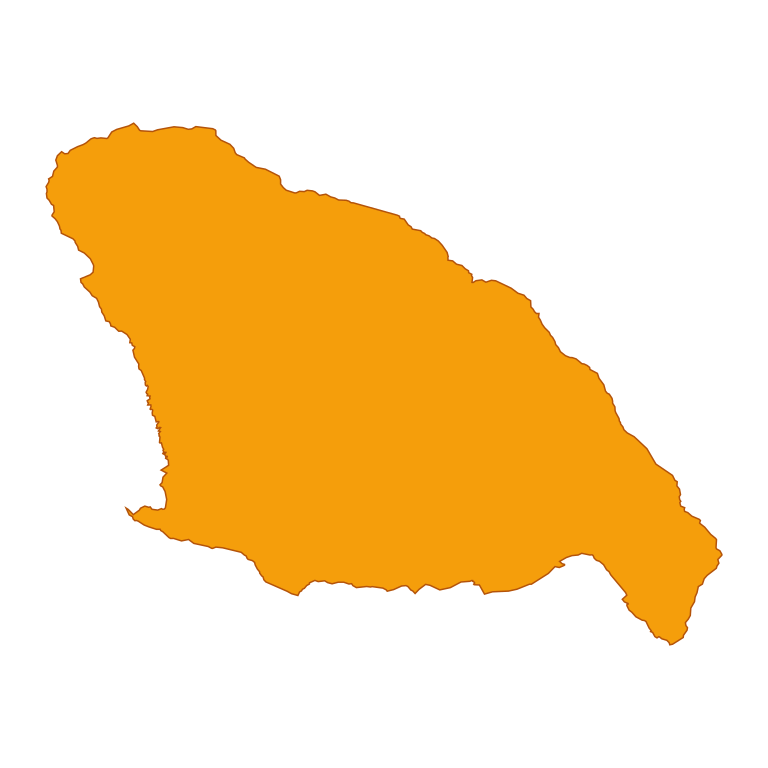 outline of Racoasa, Vrancea, Romania
{"feature_id": "2599482B99860020344189", "entity_name": "Racoasa", "entity_type": "district", "adm_level": 2, "iso_a3": "ROU", "parent_name": "Romania", "parent_adm1": "Vrancea", "projection": "robinson", "projection_center": [26.879, 46.017], "detail": "fine", "context": "isolated", "style": "filled", "palette": "amber", "viewbox_px": 768, "rotation_deg": 0, "n_neighbors": 0, "source": "geoboundaries", "source_scale": "gbopen_adm2", "svg_char_len": 6075}
<svg xmlns="http://www.w3.org/2000/svg" viewBox="0 0 768 768"><path d="M672.6,644.2L683.2,637.5L683.5,635.2L687.0,630.3L687.5,627.7L685.9,625.6L685.4,622.6L688.3,619.1L690.3,615.5L690.8,608.1L694.5,601.7L695.1,597.0L697.0,592.7L698.3,586.6L702.4,584.1L704.2,578.7L707.2,575.3L716.3,568.3L717.0,566.0L718.9,563.2L717.8,559.5L721.8,555.3L721.9,554.4L719.9,550.8L716.5,548.9L716.0,547.6L716.5,539.7L715.6,538.4L710.7,534.4L704.7,527.2L700.0,523.5L699.6,523.0L700.4,520.5L699.2,519.3L691.9,516.2L687.8,512.6L684.6,511.4L684.2,509.2L684.7,507.7L680.7,506.1L679.8,502.6L680.8,501.3L679.7,499.7L679.2,496.8L680.5,494.6L679.5,489.2L676.9,485.9L677.2,481.7L674.9,480.3L672.5,475.4L655.9,464.1L646.9,448.7L634.1,436.7L627.2,432.9L623.9,429.7L622.9,426.9L620.6,424.0L620.4,422.4L619.4,421.1L619.0,418.5L615.7,412.5L615.1,410.7L614.9,406.9L612.6,403.2L612.6,401.1L612.0,398.3L609.3,394.2L607.2,393.2L605.5,391.1L603.8,384.8L599.0,378.3L597.4,373.4L590.0,369.5L589.6,367.4L587.2,365.5L584.1,364.0L581.9,363.7L576.1,358.9L572.2,357.6L569.8,357.5L565.4,355.7L560.4,351.7L558.4,347.6L555.7,344.6L554.9,341.5L552.6,337.4L550.5,335.3L549.2,332.3L544.7,327.8L542.1,324.2L540.3,320.0L538.5,317.2L539.0,313.5L536.4,313.5L534.5,311.7L533.2,309.3L530.9,306.9L530.6,300.7L526.8,298.5L524.0,295.2L517.9,293.2L511.2,288.2L495.7,280.8L491.4,280.3L485.9,282.2L481.9,279.9L476.0,280.7L473.1,282.5L472.0,282.4L472.6,277.5L471.5,275.7L471.8,274.3L468.7,272.7L468.5,270.8L465.2,268.8L461.9,265.5L456.5,264.2L452.7,260.9L448.0,260.2L447.9,257.3L448.2,256.6L447.1,252.4L442.2,245.3L438.3,241.0L434.5,238.5L431.9,238.0L429.0,235.8L425.7,234.7L424.7,233.5L422.3,232.4L420.7,230.7L412.3,229.1L411.0,226.7L408.2,224.9L404.2,219.1L400.5,218.4L399.8,217.8L399.5,216.2L397.3,215.2L353.5,202.9L351.0,202.7L349.0,201.2L346.2,200.3L338.6,200.0L334.8,198.0L330.7,196.9L325.9,194.2L319.5,195.4L315.0,191.8L312.5,190.9L307.1,190.3L304.3,191.6L299.6,191.3L296.4,192.8L294.9,193.0L286.2,190.2L283.3,187.6L280.6,184.1L280.6,179.8L279.2,176.2L265.4,169.2L256.2,167.4L248.7,162.3L245.1,159.1L244.4,157.9L236.7,154.6L235.2,152.7L233.7,148.3L229.9,144.3L221.0,140.2L215.9,135.5L215.8,130.7L215.4,130.0L212.8,128.7L195.8,126.6L191.8,128.9L188.2,129.3L182.8,127.6L174.0,126.8L157.5,129.8L152.7,131.5L140.9,130.8L139.6,130.3L137.3,126.7L133.7,123.2L128.8,125.9L116.7,129.4L111.7,132.0L107.9,137.9L106.9,138.5L100.9,137.9L96.9,138.4L94.5,137.7L93.0,138.1L90.9,138.9L85.8,143.1L83.1,144.6L77.5,146.7L70.3,150.3L68.0,153.5L64.7,153.8L61.6,151.7L57.4,155.7L55.8,160.1L57.4,165.3L57.4,167.1L53.8,171.1L52.5,176.4L48.6,178.9L49.1,180.3L48.7,182.3L46.1,186.6L47.0,189.3L47.0,191.9L46.4,193.5L47.0,198.0L49.2,200.3L51.5,204.3L53.6,205.5L54.2,211.7L52.0,215.2L52.0,216.0L55.1,218.7L57.4,221.7L59.4,226.0L60.0,229.0L61.0,230.3L61.3,233.2L73.0,238.8L75.0,241.0L75.2,242.4L77.7,246.4L78.6,250.1L84.3,253.0L90.3,258.7L93.3,264.6L93.7,266.0L93.1,272.2L90.2,274.8L80.5,278.8L81.0,282.4L82.7,283.9L84.3,287.0L89.9,292.1L92.2,295.7L96.6,298.3L98.4,302.0L99.6,306.7L101.4,309.1L101.8,312.1L104.2,315.8L105.8,320.9L109.3,321.7L110.5,324.0L110.8,325.9L114.7,327.3L118.7,331.2L121.7,331.1L127.0,334.5L130.3,339.3L129.8,342.7L131.7,342.9L132.3,345.3L134.8,346.7L134.4,348.5L132.9,350.2L134.5,357.2L138.8,364.0L138.6,366.4L139.0,368.9L141.2,370.5L144.5,378.0L144.5,379.6L145.7,381.6L145.2,382.6L145.4,385.0L146.4,386.0L147.3,385.4L148.2,386.6L147.6,389.4L146.1,392.2L146.7,393.5L147.7,394.1L147.1,395.7L150.1,396.1L149.7,397.3L150.0,398.8L147.2,400.7L147.7,402.2L148.5,402.9L147.7,405.0L150.8,404.9L151.0,406.5L150.1,409.1L150.5,409.5L151.8,409.3L152.7,410.1L152.2,412.9L152.5,415.2L154.8,416.4L156.2,421.9L158.4,421.5L158.9,421.9L156.7,425.1L157.0,426.9L156.2,427.9L157.6,428.6L159.6,427.4L160.6,427.6L158.4,431.0L160.3,431.5L158.7,433.6L159.4,435.3L159.0,435.9L160.0,437.0L159.5,442.5L160.0,443.0L161.4,442.9L162.6,447.5L163.7,449.2L163.0,450.2L163.8,452.2L165.9,452.4L165.5,453.1L163.1,453.0L162.8,453.6L165.0,454.8L165.5,456.1L167.2,456.4L167.2,456.9L165.9,457.2L165.6,458.3L167.7,459.5L168.3,460.5L168.6,465.3L161.1,470.1L166.8,473.1L163.0,477.2L162.1,482.6L160.0,484.8L160.6,485.8L162.7,486.9L165.1,491.5L166.7,499.5L165.4,507.8L164.3,509.1L162.7,509.3L161.5,508.6L157.7,510.1L152.0,509.3L150.2,506.9L148.8,507.3L144.8,506.1L140.5,508.2L139.3,510.2L133.3,514.6L128.3,509.5L126.1,508.1L129.2,514.9L132.5,516.7L133.2,519.0L134.9,520.7L136.5,520.5L138.3,521.2L144.1,525.0L148.9,526.9L156.4,529.3L160.2,529.3L160.7,530.5L162.9,531.8L169.0,537.6L170.7,538.5L173.5,538.4L181.5,540.9L188.6,539.5L193.8,543.4L208.2,546.5L211.6,548.3L212.6,548.4L215.9,547.1L222.7,547.8L241.2,552.3L244.3,555.0L246.2,556.0L247.1,558.3L248.1,559.4L252.4,560.6L254.6,562.4L255.2,564.9L257.4,569.1L259.6,571.8L259.7,573.1L261.7,575.9L263.0,576.8L263.9,579.8L265.8,581.9L287.2,591.3L291.5,593.7L297.9,595.5L299.6,591.9L301.5,590.9L302.4,589.3L304.4,588.3L306.7,585.5L309.4,584.0L309.5,582.8L314.9,580.4L318.2,581.6L324.7,580.8L327.6,582.6L332.1,583.8L338.2,582.2L343.7,582.2L348.9,584.0L351.6,583.7L352.9,585.6L356.4,587.6L366.7,586.5L370.6,587.0L372.1,586.6L382.9,588.1L386.3,589.9L387.2,591.2L393.6,589.6L401.6,586.0L406.0,585.6L407.9,586.5L410.8,590.0L412.7,590.9L415.1,593.5L419.1,589.3L425.6,584.4L430.0,585.3L439.8,589.9L450.4,587.6L461.0,582.0L469.9,581.3L471.8,580.5L472.7,580.6L472.6,581.2L474.4,582.3L474.6,583.1L473.7,584.2L474.2,584.7L479.4,585.0L484.5,594.1L492.5,591.8L508.5,591.1L517.0,589.2L529.5,584.2L531.4,584.2L548.4,573.4L555.0,566.6L559.3,567.5L564.0,565.5L564.6,565.0L564.5,564.4L562.1,563.7L559.6,561.4L566.4,557.5L572.0,555.6L578.2,555.0L581.7,553.3L589.9,555.0L592.1,554.8L593.1,555.5L594.3,558.3L596.4,560.3L599.5,561.3L603.6,564.7L606.6,569.8L609.1,571.7L610.7,574.8L625.6,592.6L626.8,595.2L622.3,599.3L624.4,601.9L628.1,603.5L628.1,604.1L627.0,604.4L626.9,605.6L629.1,610.1L631.9,612.3L635.9,616.8L642.2,620.2L644.4,620.5L646.0,621.5L649.1,628.0L651.2,630.7L650.6,631.6L652.6,632.4L654.9,636.6L657.0,637.9L658.8,636.7L659.6,637.0L661.8,638.8L666.8,640.3L669.1,642.6L669.8,644.8L672.6,644.2Z" fill="#f59e0b" stroke="#b45309" stroke-width="1.5"/></svg>